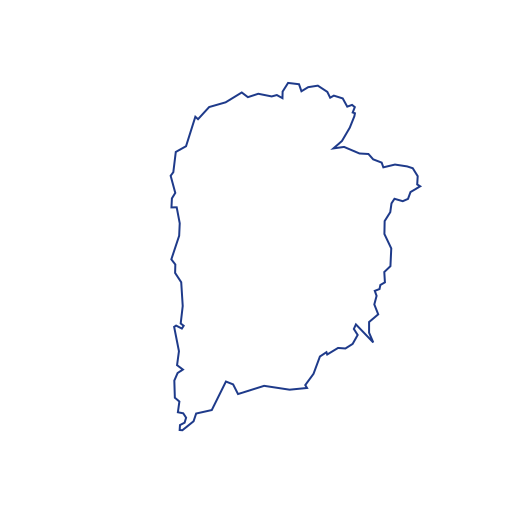 the district of Sveti Nikole, Sveti Nikole, North Macedonia, rotated 47°
{"feature_id": "65306769B91405117981087", "entity_name": "Sveti Nikole", "entity_type": "district", "adm_level": 2, "iso_a3": "MKD", "parent_name": "North Macedonia", "parent_adm1": "Sveti Nikole", "projection": "albers", "projection_center": [21.98, 41.877], "detail": "fine", "context": "isolated", "style": "outline", "palette": "blue", "viewbox_px": 512, "rotation_deg": 47, "n_neighbors": 0, "source": "geoboundaries", "source_scale": "gbopen_adm2", "svg_char_len": 1550}
<svg xmlns="http://www.w3.org/2000/svg" viewBox="0 0 512 512"><g transform="rotate(47 256 256)"><path d="M162.8,284.7L166.3,280.8L180.1,289.5L188.8,298.4L200.7,320.2L207.2,320.8L213.2,326.7L224.2,328.6L242.6,343.7L254.0,357.1L257.7,356.5L258.5,359.7L252.4,361.9L252.0,364.2L273.1,377.3L282.0,388.2L289.2,386.9L288.1,393.1L291.4,400.7L304.3,412.0L310.2,411.3L317.0,419.7L321.4,416.5L326.6,417.4L329.2,421.9L327.8,426.9L331.2,430.5L333.2,428.7L334.3,414.4L330.4,407.2L338.5,393.4L327.3,363.6L334.3,360.3L344.7,363.3L356.5,338.6L376.7,322.6L387.3,308.7L384.0,308.0L381.4,294.3L373.1,277.8L374.4,270.1L376.6,271.1L379.2,258.7L384.6,253.7L386.2,245.3L383.1,235.5L376.1,234.2L374.2,229.6L399.2,229.2L389.2,225.6L381.4,218.3L382.0,206.4L372.1,202.5L367.4,195.0L362.5,192.9L364.4,188.2L362.0,184.8L363.2,179.7L355.2,173.1L355.1,164.6L342.7,151.9L327.5,147.1L318.2,138.1L315.5,127.9L309.9,121.0L308.6,115.7L316.0,111.3L317.9,105.9L314.6,99.4L317.0,88.4L313.6,89.3L307.9,83.3L298.7,81.5L293.5,84.4L283.9,92.0L278.0,102.4L273.4,100.4L265.2,104.4L258.1,104.2L251.6,110.4L236.3,117.2L230.1,126.0L230.5,114.7L226.1,99.9L220.9,88.8L219.1,86.3L217.0,87.4L214.5,82.2L211.0,82.7L209.0,87.4L199.9,85.1L191.8,89.7L190.8,93.8L184.6,91.9L173.6,94.6L168.1,102.7L166.5,110.4L159.7,107.4L151.3,114.5L153.9,124.4L158.6,129.0L152.5,131.0L150.0,135.7L138.9,143.7L134.3,153.6L126.7,154.9L122.9,173.4L115.1,188.7L116.4,205.1L112.8,205.4L128.0,232.3L125.2,243.7L138.3,259.3L139.1,263.7L154.8,272.0L156.5,278.2L162.8,284.7Z" fill="none" stroke="#1e3a8a" stroke-width="2"/></g></svg>